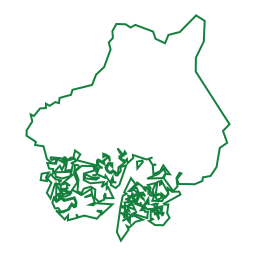 San Lorenzo, Valle, Honduras
{"feature_id": "27666195B73827570061080", "entity_name": "San Lorenzo", "entity_type": "district", "adm_level": 2, "iso_a3": "HND", "parent_name": "Honduras", "parent_adm1": "Valle", "projection": "orthographic", "projection_center": [-87.426, 13.441], "detail": "fine", "context": "isolated", "style": "outline", "palette": "green", "viewbox_px": 256, "rotation_deg": 0, "n_neighbors": 0, "source": "geoboundaries", "source_scale": "gbopen_adm2", "svg_char_len": 5932}
<svg xmlns="http://www.w3.org/2000/svg" viewBox="0 0 256 256"><path d="M204.7,20.9L196.1,15.4L179.8,32.0L168.5,34.9L165.0,43.2L155.5,38.8L153.1,31.6L135.3,24.9L130.6,27.5L125.7,24.3L116.3,24.0L112.4,31.3L112.9,38.0L108.8,42.4L110.6,49.4L104.1,67.1L96.1,74.6L92.1,84.9L72.5,89.8L71.0,94.8L59.6,97.9L58.9,103.1L55.3,102.1L49.6,105.8L46.0,103.7L45.8,108.1L40.1,108.4L33.9,116.0L30.7,114.5L32.3,121.5L26.7,130.3L26.5,135.7L35.9,141.9L35.1,145.0L43.5,146.3L47.0,159.3L52.9,163.5L55.9,162.4L55.9,158.4L52.0,160.0L50.6,158.7L51.0,157.3L60.8,158.2L66.3,163.0L66.1,161.7L63.6,158.6L63.5,157.7L65.0,157.2L67.6,160.0L70.8,157.7L73.5,157.5L75.1,150.5L80.3,154.3L76.8,160.2L94.9,164.9L96.5,172.7L97.1,160.4L98.7,159.6L102.1,161.8L107.6,157.2L106.0,155.3L103.3,157.0L103.3,153.7L106.2,154.8L109.4,156.9L109.9,161.5L108.4,156.7L103.9,161.2L104.4,164.3L98.2,160.3L98.4,165.2L102.6,168.0L99.2,167.4L96.8,174.1L105.0,177.8L105.5,175.6L110.3,182.6L112.7,177.3L113.3,181.7L116.4,182.6L112.0,182.0L110.9,185.1L115.7,188.0L119.4,184.8L126.2,165.3L120.6,167.1L120.7,171.2L117.2,175.5L115.8,175.3L112.9,171.0L111.3,173.3L109.1,172.8L106.4,170.2L105.4,167.3L108.5,163.0L112.3,163.2L112.3,166.9L108.9,163.5L106.6,169.1L110.3,172.6L112.8,170.3L118.0,174.0L118.5,167.4L124.6,162.7L119.4,158.2L119.4,156.4L122.4,154.6L120.3,153.3L117.5,148.3L123.2,155.0L124.8,151.5L126.1,153.7L119.8,158.0L125.3,161.0L126.9,159.1L127.6,163.2L133.2,158.0L132.9,155.0L146.8,159.5L152.5,157.4L149.0,159.2L152.6,164.9L156.2,164.4L152.8,165.8L153.4,174.1L160.1,171.3L163.3,165.4L169.9,174.3L165.3,174.0L163.8,178.2L173.1,191.0L177.5,186.5L176.5,177.9L179.6,172.8L181.4,173.5L177.0,178.9L178.7,184.0L194.8,184.2L202.4,180.9L202.9,177.4L210.5,176.0L216.5,167.2L219.8,147.9L227.2,142.8L223.0,130.9L229.5,124.2L195.7,71.5L195.9,57.7L203.8,41.5L204.7,20.9ZM147.9,185.0L150.6,188.0L149.8,192.0L148.4,193.1L148.3,188.2L145.3,188.9L146.0,191.4L143.9,188.8L147.6,187.1L143.3,187.3L136.6,182.0L137.7,184.4L132.8,188.2L136.7,188.0L139.1,193.2L143.0,192.5L145.2,196.2L142.9,194.4L141.7,196.4L141.7,197.3L143.5,198.5L143.7,199.5L141.2,197.5L142.1,194.2L140.4,193.8L136.4,202.8L139.6,204.5L141.2,202.3L140.2,204.9L143.5,205.8L148.3,198.7L148.8,204.7L147.4,202.4L144.2,206.0L147.2,209.2L154.4,208.7L154.7,205.0L152.6,204.6L155.3,203.7L157.7,203.7L156.3,207.7L162.4,206.2L161.5,212.2L159.7,207.5L154.1,210.1L158.3,210.6L159.7,213.2L163.5,212.8L163.2,214.5L162.1,215.2L161.6,213.6L159.7,213.6L158.2,212.0L157.3,211.9L159.0,218.2L158.6,218.7L156.6,213.9L154.2,214.6L156.0,212.9L150.7,210.6L150.7,218.6L151.1,219.1L152.4,218.7L153.0,219.3L149.0,221.0L155.2,225.1L163.3,225.2L169.5,217.7L167.1,213.0L168.4,204.5L165.0,204.7L163.9,203.7L180.5,194.6L179.1,191.6L172.1,191.8L167.8,188.1L168.5,193.9L165.3,197.7L161.5,195.2L163.9,197.8L162.1,201.1L152.3,200.8L154.2,196.2L149.9,195.4L149.6,194.5L152.1,194.9L151.5,192.6L153.8,194.6L152.7,190.2L155.9,183.0L147.9,185.0ZM65.3,196.6L57.8,194.4L65.0,199.7L74.6,197.4L76.5,202.5L75.9,206.5L73.9,207.2L71.6,204.6L69.1,209.5L63.0,212.3L60.1,212.4L56.0,210.5L64.7,219.4L68.1,215.4L67.9,220.3L77.4,217.7L76.3,214.2L78.3,217.3L84.4,215.6L96.9,218.7L101.8,213.1L96.8,210.7L101.4,210.9L102.2,213.9L112.5,204.3L95.5,203.2L93.4,205.2L89.8,204.8L94.8,202.7L92.3,195.2L84.4,197.4L92.0,194.1L91.4,188.8L81.5,195.1L72.3,189.8L70.2,194.4L65.3,196.6ZM75.3,171.3L78.5,179.7L77.4,191.6L81.6,193.0L83.8,188.7L90.8,186.7L95.3,189.6L94.8,197.7L98.7,201.9L104.1,199.7L104.1,196.0L105.3,193.1L105.7,198.2L113.4,198.1L108.2,187.4L106.7,188.8L106.9,182.7L101.6,187.2L103.7,182.1L90.3,183.3L83.7,180.0L83.9,173.6L94.4,170.5L93.5,166.2L81.8,165.8L75.3,171.3ZM120.5,206.9L116.9,232.1L120.9,240.6L128.6,229.6L126.9,226.0L129.4,227.4L135.5,221.8L142.9,219.7L134.0,215.7L130.0,216.9L129.8,222.7L126.5,218.5L122.5,221.1L126.6,217.9L129.5,220.4L126.1,213.5L125.4,216.2L123.2,217.6L125.0,216.2L120.8,212.7L124.3,214.0L125.1,207.5L123.3,207.8L120.5,206.9ZM132.9,197.1L135.0,199.4L133.9,201.7L126.6,206.3L132.6,204.4L135.0,209.7L127.4,206.6L129.2,211.1L126.8,209.9L126.9,212.5L130.2,215.1L136.9,211.5L134.0,214.0L147.2,218.1L147.9,211.6L145.1,211.8L144.0,208.2L143.2,210.1L140.8,210.3L142.9,206.8L135.0,203.7L138.5,194.3L132.9,197.1ZM120.7,205.9L125.3,206.3L124.6,202.5L128.3,202.2L127.8,199.2L125.2,199.6L129.2,197.8L128.1,195.7L131.7,196.6L132.2,192.5L133.5,195.9L137.6,192.9L133.7,189.6L131.6,191.0L128.9,191.1L135.6,184.4L131.0,178.1L124.2,192.4L126.3,193.7L122.8,195.9L120.7,205.9ZM56.5,201.8L54.9,200.0L54.4,196.1L52.3,202.5L55.0,208.4L58.3,208.1L60.8,211.8L67.7,209.7L71.8,203.5L74.6,206.4L75.8,202.0L73.7,198.4L64.0,201.0L61.5,198.5L56.5,201.8ZM70.1,185.8L65.3,183.4L60.3,185.4L61.3,189.0L66.5,188.7L66.9,186.5L67.6,188.4L64.1,190.2L70.6,192.2L77.4,182.2L74.1,173.6L62.6,183.2L66.5,183.0L70.1,185.8ZM157.4,182.0L155.6,195.5L158.5,193.8L159.9,194.5L155.3,196.0L156.8,199.9L161.2,198.2L161.3,193.5L165.6,197.0L168.3,193.2L161.9,181.7L161.6,183.7L160.0,184.8L160.1,181.2L157.4,182.0ZM51.4,182.8L46.8,192.8L50.5,198.4L55.0,183.9L59.5,184.1L59.2,181.3L61.7,180.8L55.2,179.1L50.8,174.2L47.3,178.6L51.4,182.8ZM49.2,168.6L53.1,169.0L53.1,173.4L59.9,165.8L61.9,169.9L65.0,163.6L57.5,159.1L56.0,163.8L47.3,163.0L49.2,168.6ZM62.4,178.5L70.1,176.2L71.5,171.8L55.0,172.3L55.9,176.8L62.4,178.5ZM66.8,162.6L65.2,170.8L71.6,169.9L73.2,163.2L70.9,163.2L75.5,161.4L74.7,158.6L67.4,160.7L64.0,158.2L66.8,162.6ZM162.6,178.1L165.7,173.0L163.7,169.0L158.3,174.0L147.1,178.6L162.6,178.1ZM84.9,178.3L96.0,179.7L99.5,177.4L93.1,177.9L85.4,174.3L84.9,178.3ZM56.5,184.2L56.0,200.5L59.8,198.0L57.1,194.2L61.1,193.0L56.5,184.2ZM40.7,180.1L46.9,181.1L46.0,177.3L48.8,172.5L41.7,173.7L40.7,180.1ZM62.7,194.2L69.4,193.0L61.4,189.8L62.7,194.2ZM137.4,168.5L142.8,162.0L142.4,160.6L137.0,161.7L137.4,168.5ZM74.3,171.5L79.2,167.0L78.2,165.2L75.0,164.9L74.3,171.5ZM129.2,202.1L133.5,200.4L132.9,197.7L129.9,197.4L129.2,202.1ZM92.4,175.3L95.5,175.3L96.3,174.7L92.4,175.3Z" fill="none" stroke="#15803d" stroke-width="2"/></svg>